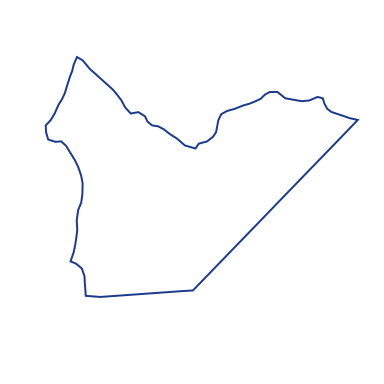 Extremoz, Rio Grande do Norte, Brazil, rotated 188°
{"feature_id": "56859067B66024700668503", "entity_name": "Extremoz", "entity_type": "district", "adm_level": 2, "iso_a3": "BRA", "parent_name": "Brazil", "parent_adm1": "Rio Grande do Norte", "projection": "mercator", "projection_center": [-35.258, -5.677], "detail": "fine", "context": "isolated", "style": "outline", "palette": "blue", "viewbox_px": 384, "rotation_deg": 188, "n_neighbors": 0, "source": "geoboundaries", "source_scale": "gbopen_adm2", "svg_char_len": 1213}
<svg xmlns="http://www.w3.org/2000/svg" viewBox="0 0 384 384"><g transform="rotate(188 192 192)"><path d="M37.9,286.4L46.3,287.1L55.4,288.9L64.9,290.6L69.7,293.2L73.2,298.0L75.5,303.0L80.9,303.6L88.7,298.9L96.1,297.2L112.7,297.8L121.4,303.0L129.0,301.8L133.5,298.4L137.0,293.8L141.9,290.6L147.4,287.4L152.8,285.1L161.3,280.3L168.6,277.1L173.9,273.1L175.9,266.7L176.5,254.6L178.8,249.7L184.1,244.2L192.0,240.8L194.6,235.6L205.5,237.1L214.3,242.8L221.8,246.2L228.4,250.0L234.4,252.3L240.8,252.4L245.8,255.5L249.2,260.5L256.2,263.6L263.6,261.2L269.9,266.4L274.8,273.1L280.3,278.5L284.8,282.5L310.5,299.8L318.6,307.2L324.7,309.6L326.9,301.5L327.5,295.2L328.9,289.2L330.4,280.3L331.7,272.2L333.5,266.2L336.3,259.8L339.0,250.4L341.9,243.6L346.1,237.6L344.9,231.0L341.7,223.9L334.3,222.7L328.6,223.9L323.2,220.3L318.0,214.0L312.3,207.1L308.0,200.6L304.0,192.7L301.5,185.2L300.3,175.1L300.2,166.3L302.2,158.3L302.2,148.1L300.3,138.0L300.2,129.7L300.3,123.1L300.8,115.9L302.6,106.4L296.9,104.9L290.5,101.0L286.7,93.5L285.4,86.5L283.9,79.9L282.8,74.4L268.2,75.3L206.1,88.6L186.5,92.8L177.4,94.6L162.5,115.1L127.1,163.7L102.7,197.3L84.0,223.0L55.2,262.5L37.9,286.4Z" fill="none" stroke="#1e3a8a" stroke-width="2"/></g></svg>